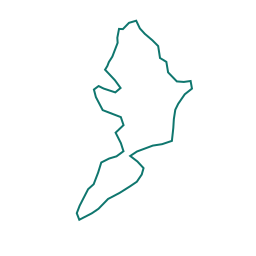 Agia Marina Xyliatou, Nicosia, Cyprus, rotated 21°
{"feature_id": "46923920B35422065670386", "entity_name": "Agia Marina Xyliatou", "entity_type": "district", "adm_level": 2, "iso_a3": "CYP", "parent_name": "Cyprus", "parent_adm1": "Nicosia", "projection": "robinson", "projection_center": [33.054, 35.034], "detail": "fine", "context": "isolated", "style": "outline", "palette": "teal", "viewbox_px": 256, "rotation_deg": 21, "n_neighbors": 0, "source": "geoboundaries", "source_scale": "gbopen_adm2", "svg_char_len": 952}
<svg xmlns="http://www.w3.org/2000/svg" viewBox="0 0 256 256"><g transform="rotate(21 128 128)"><path d="M103.4,30.8L97.2,24.9L91.2,29.5L87.8,37.5L84.1,38.7L85.7,47.6L87.8,52.2L87.8,59.8L87.8,67.0L86.5,73.3L86.5,77.5L85.7,81.8L98.7,88.1L106.7,93.3L103.4,99.3L91.3,99.9L88.7,99.7L88.2,99.6L85.5,99.4L82.4,104.3L86.7,110.3L87.0,110.7L98.0,120.4L110.0,120.4L117.4,120.4L122.8,126.9L118.1,136.8L126.8,144.7L132.1,151.3L127.4,158.6L121.4,163.2L115.4,169.8L116.1,180.3L116.1,192.8L112.7,199.4L111.4,211.3L110.7,217.9L110.7,225.9L115.4,231.1L124.8,220.6L129.4,214.0L134.8,201.4L143.5,191.5L150.9,181.6L155.5,175.0L157.5,166.5L156.9,159.9L148.8,155.9L140.1,153.3L144.8,146.7L151.5,140.8L157.5,135.5L165.6,130.9L173.6,124.3L170.3,111.8L167.6,103.2L165.6,94.0L166.2,87.4L168.9,76.2L173.6,68.3L169.6,61.7L163.6,65.0L156.9,67.0L145.5,61.7L140.1,52.5L132.8,51.2L126.8,40.7L119.4,37.4L110.0,34.1L103.4,30.8Z" fill="none" stroke="#0f766e" stroke-width="2"/></g></svg>